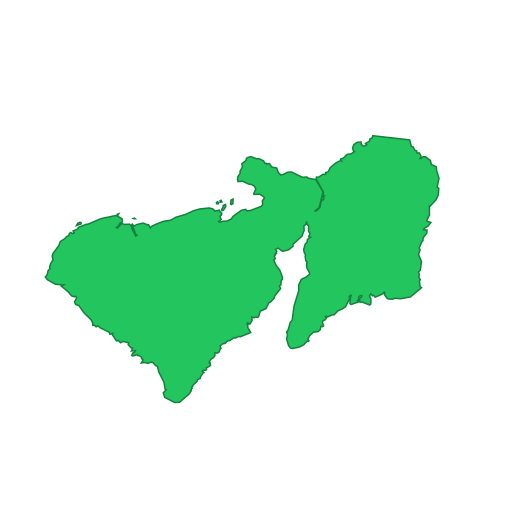 Tol, Chuuk, Federated States of Micronesia, rotated 66°
{"feature_id": "79324940B54997452530027", "entity_name": "Tol", "entity_type": "district", "adm_level": 2, "iso_a3": "FSM", "parent_name": "Federated States of Micronesia", "parent_adm1": "Chuuk", "projection": "natural_earth1", "projection_center": [151.62, 7.349], "detail": "fine", "context": "isolated", "style": "filled", "palette": "green", "viewbox_px": 512, "rotation_deg": 66, "n_neighbors": 0, "source": "geoboundaries", "source_scale": "gbopen_adm2", "svg_char_len": 6143}
<svg xmlns="http://www.w3.org/2000/svg" viewBox="0 0 512 512"><g transform="rotate(66 256 256)"><path d="M193.6,100.4L195.3,101.7L195.4,104.3L197.2,105.6L197.7,110.2L199.4,109.6L199.7,112.2L199.2,113.3L197.0,114.4L194.5,113.7L193.4,116.9L193.5,119.0L194.1,121.4L196.6,123.9L199.6,124.3L200.8,123.6L201.3,127.8L200.2,131.4L202.2,136.5L201.7,138.9L202.3,139.6L204.0,139.0L203.2,141.2L203.5,145.7L205.5,152.2L208.5,156.0L208.1,158.5L209.7,159.3L208.6,161.6L209.4,166.8L208.5,168.7L210.0,169.7L225.1,168.4L227.7,170.0L228.9,169.0L229.3,171.0L231.1,170.4L232.0,172.0L231.2,171.9L231.6,173.5L237.7,177.9L239.2,181.8L239.0,184.5L237.4,178.6L224.7,168.7L210.4,170.3L206.2,176.6L204.5,177.4L203.0,181.5L193.5,189.6L192.3,193.4L192.6,198.1L192.1,200.4L188.8,201.7L184.0,201.3L181.2,205.4L177.0,206.1L176.3,209.0L175.6,208.8L174.9,210.2L172.1,210.4L168.1,213.9L167.6,215.7L163.2,220.2L162.6,223.3L162.9,225.0L164.7,226.4L165.9,231.4L169.1,232.2L172.2,236.2L173.9,236.7L176.1,240.2L178.5,241.8L180.7,242.2L182.3,237.8L187.3,233.5L188.9,230.9L191.7,229.0L194.9,229.0L198.0,232.7L199.0,232.8L201.0,227.5L205.0,224.8L206.6,224.9L208.2,227.8L211.7,229.0L212.8,230.9L212.1,242.9L211.0,246.1L209.2,246.4L208.3,250.9L210.4,260.7L212.2,263.7L212.2,268.5L210.7,272.4L210.5,275.1L209.3,276.1L208.4,272.9L205.1,272.8L204.4,270.9L203.0,269.8L201.7,270.7L199.2,270.8L198.2,275.2L195.2,276.4L193.0,279.4L190.1,288.4L189.2,295.0L189.4,303.0L188.0,313.3L188.6,319.3L186.7,326.3L186.3,333.2L186.4,339.5L187.6,341.1L183.6,341.4L183.1,342.7L180.0,345.7L178.7,352.4L179.1,354.5L177.9,355.8L178.5,356.5L181.3,356.7L187.4,357.0L188.6,356.2L188.9,357.8L180.7,358.2L178.1,357.6L175.5,358.5L173.7,363.2L171.7,365.5L174.2,371.5L173.2,371.9L172.4,369.1L170.8,367.3L170.5,364.3L169.9,363.9L167.6,363.2L162.9,366.5L162.0,367.6L158.8,382.4L158.6,396.5L158.0,398.0L157.6,406.3L158.8,408.2L158.7,412.9L160.9,412.7L160.8,414.5L159.1,415.7L159.7,417.6L161.2,418.6L161.2,421.0L162.4,423.8L163.2,428.9L166.4,432.1L171.0,440.3L173.2,442.3L176.9,442.9L179.4,446.7L182.1,449.1L183.5,449.1L184.8,451.9L188.3,454.5L189.5,457.0L192.8,456.2L200.3,450.7L204.2,443.4L204.3,446.1L212.7,442.0L217.3,440.8L219.4,438.6L219.2,437.5L220.3,436.9L221.4,437.0L224.1,440.4L226.8,440.5L229.4,438.0L238.0,436.2L247.2,432.6L250.7,432.4L253.0,433.3L253.5,431.8L255.5,431.0L255.9,430.1L255.4,428.9L258.7,427.2L266.0,421.0L268.1,421.3L268.5,418.3L269.3,419.3L276.8,418.0L277.2,416.1L280.1,415.1L280.0,412.2L283.3,407.7L284.9,408.8L289.1,407.5L290.1,406.1L292.1,408.5L293.4,404.6L294.5,405.9L294.5,407.9L296.2,410.0L297.3,409.2L297.7,404.8L298.9,404.5L299.7,403.0L302.1,401.7L303.2,402.3L305.1,401.3L307.1,404.3L308.1,400.8L310.1,398.6L310.3,394.9L311.4,393.5L315.5,392.2L316.6,390.9L322.4,392.0L333.9,391.4L340.6,393.2L341.6,392.4L343.3,396.4L348.1,396.9L356.7,389.9L358.5,385.5L354.9,373.3L352.8,370.0L351.2,369.2L351.0,368.1L349.9,368.1L348.2,365.5L346.4,360.6L345.2,359.7L345.1,356.7L343.5,355.5L341.3,351.9L341.4,351.1L339.4,351.9L338.9,350.8L339.8,349.0L339.7,347.4L338.1,347.0L337.6,342.1L334.8,341.4L334.2,342.2L332.1,339.5L331.6,336.3L330.3,334.0L327.7,333.0L329.0,330.7L328.7,328.7L326.6,326.9L326.3,325.6L323.5,325.3L322.7,322.2L323.3,319.5L322.2,317.6L322.1,315.5L322.7,314.3L321.6,309.4L322.6,308.2L322.4,304.7L323.4,303.3L323.8,292.0L317.9,292.6L316.1,291.7L314.7,291.9L315.2,290.5L314.1,291.3L313.7,290.9L315.6,289.1L313.3,285.8L310.1,284.7L311.6,282.9L311.7,280.8L312.8,279.6L312.4,278.2L308.1,274.5L308.2,268.3L304.0,263.4L303.9,261.2L302.0,256.7L300.1,255.2L295.8,246.8L292.9,246.8L292.5,245.0L288.8,243.0L288.1,241.4L286.0,240.5L278.8,240.0L272.6,241.4L266.8,241.5L266.2,239.4L263.6,239.4L263.0,238.1L262.2,238.0L262.1,236.4L261.2,236.6L260.6,235.3L257.8,235.3L257.9,232.4L262.1,230.2L262.7,229.1L263.6,223.4L262.1,218.2L260.4,217.5L256.6,206.0L252.2,201.6L247.9,199.9L247.5,197.5L245.0,195.7L248.1,196.4L250.0,195.7L254.6,197.9L257.5,197.5L259.8,200.1L261.1,198.5L261.8,202.3L264.4,203.9L264.9,206.0L269.7,210.0L273.3,210.6L274.6,210.1L276.4,211.3L280.7,212.5L282.2,211.8L285.1,213.7L288.3,214.4L292.9,213.9L294.4,214.5L295.7,219.0L295.7,224.1L299.9,228.8L305.0,231.0L317.2,241.6L329.4,249.1L330.6,251.7L337.1,257.2L337.6,258.8L341.0,259.4L344.3,261.8L351.2,262.7L354.3,261.8L355.4,260.2L356.8,253.6L356.5,248.5L354.7,244.3L355.4,242.8L354.8,242.0L353.3,242.5L350.7,239.6L349.0,234.6L350.3,229.8L349.4,227.2L346.6,225.4L347.6,224.1L347.3,222.6L343.3,222.3L342.4,221.0L342.5,219.0L341.5,217.0L339.5,217.3L339.4,216.3L340.8,215.5L340.8,210.3L341.5,208.6L339.3,203.0L339.5,198.7L338.8,194.9L332.8,187.5L331.0,187.3L330.3,186.0L330.6,185.0L333.4,187.4L337.7,189.5L339.0,188.9L339.6,181.3L337.9,181.4L337.7,179.9L334.9,178.6L334.8,176.1L335.6,175.4L336.2,175.9L336.8,178.0L339.7,180.3L340.8,179.5L340.9,178.1L347.0,172.2L346.6,170.7L344.2,169.5L341.5,168.4L338.6,168.5L337.4,166.4L339.6,165.9L339.8,164.5L342.1,164.0L342.2,156.7L341.2,153.6L342.1,153.3L343.3,154.4L348.3,153.4L349.6,151.8L351.1,148.4L351.1,146.2L353.8,141.5L356.2,131.7L352.3,117.7L350.9,118.6L345.3,116.9L344.5,115.5L341.5,116.1L340.3,114.7L336.5,113.9L336.0,111.9L328.5,107.1L320.7,106.9L317.1,103.6L315.1,103.7L310.3,98.6L310.0,97.3L307.3,95.9L304.7,90.8L301.9,89.2L300.1,92.3L299.2,91.1L298.6,86.5L296.5,82.6L293.7,85.7L292.6,85.2L289.2,80.9L281.0,77.3L281.4,76.9L278.1,69.1L274.4,64.6L268.5,61.5L266.7,62.5L259.5,57.2L251.6,56.3L247.8,55.0L243.8,58.6L239.7,57.8L234.3,60.8L233.2,63.1L234.0,65.1L233.7,66.5L231.8,64.6L228.3,64.9L227.4,66.9L225.4,66.5L223.9,68.0L220.4,68.0L218.8,69.5L212.4,68.4L193.6,100.4ZM198.6,263.5L196.6,262.9L196.4,265.3L198.1,266.3L199.4,268.4L200.7,268.7L200.8,266.9L198.6,263.5ZM198.1,258.1L199.0,257.7L198.8,255.8L194.6,253.8L194.7,256.0L198.1,258.1ZM155.1,407.6L155.6,402.8L154.4,402.2L153.6,403.0L153.5,405.4L155.1,407.6ZM192.8,265.2L190.9,265.2L190.9,266.4L192.3,266.8L192.8,265.2ZM190.7,269.1L191.3,270.6L192.4,270.6L192.9,269.1L192.1,268.5L190.7,269.1ZM162.2,366.2L162.5,365.5L161.6,364.2L161.5,365.8L162.2,366.2ZM171.8,352.8L172.5,352.1L172.8,351.2L171.9,351.7L171.8,352.8ZM177.1,357.2L177.6,356.5L177.4,355.8L176.5,356.1L177.1,357.2Z" fill="#22c55e" stroke="#15803d" stroke-width="1.5"/></g></svg>